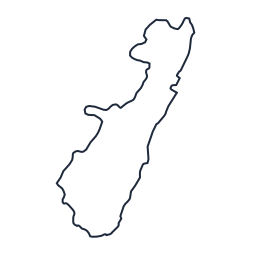 Beqaa, Natural Earth projection, rotated 173°
{"feature_id": "LBN-3022", "entity_name": "Beqaa", "entity_type": "Province", "adm_level": 1, "iso_a3": "LBN", "parent_name": "Lebanon", "parent_adm1": "", "projection": "natural_earth1", "projection_center": [36.105, 33.959], "detail": "fine", "context": "isolated", "style": "outline", "palette": "slate", "viewbox_px": 256, "rotation_deg": 173, "n_neighbors": 0, "source": "natural_earth", "source_scale": "10m", "svg_char_len": 2519}
<svg xmlns="http://www.w3.org/2000/svg" viewBox="0 0 256 256"><g transform="rotate(173 128 128)"><path d="M90.7,229.6L86.8,232.0L86.7,232.0L84.2,231.3L77.0,230.3L76.5,229.8L75.8,229.0L74.3,225.6L73.8,224.3L72.9,223.1L69.7,221.1L66.7,220.1L65.9,220.4L64.8,221.2L62.7,223.4L61.0,225.5L59.7,227.7L58.1,229.8L56.9,230.2L53.9,229.2L53.4,225.1L52.7,224.0L51.9,222.3L51.7,221.5L51.1,219.0L50.6,214.5L52.0,213.3L52.7,212.6L53.8,210.9L54.2,210.0L54.7,208.8L56.8,199.6L58.6,194.7L59.7,192.6L68.7,178.6L70.2,177.8L70.8,177.3L71.6,176.1L72.9,174.7L73.1,174.1L73.0,173.7L70.6,171.2L74.9,164.8L76.1,164.8L77.8,165.0L78.3,165.0L78.8,164.9L79.3,164.7L79.7,164.4L80.0,164.0L81.0,162.3L80.3,160.9L75.2,157.1L85.3,144.7L88.0,139.9L88.7,138.4L88.8,137.9L90.5,135.7L97.6,129.1L99.4,128.3L103.8,121.5L110.8,107.1L111.4,95.5L111.6,94.1L112.9,90.9L116.5,90.6L116.9,90.5L117.3,90.3L117.9,89.6L121.1,84.0L121.6,82.3L122.2,77.3L128.0,69.8L132.7,64.7L134.5,58.4L134.8,57.8L135.3,57.0L136.7,55.6L139.9,53.0L141.1,51.7L141.9,50.7L146.2,41.7L146.3,41.3L145.7,38.9L148.7,35.0L148.9,34.5L149.0,34.1L149.0,33.3L149.1,32.9L149.2,32.6L149.3,32.3L149.9,31.4L156.9,26.0L157.2,25.5L159.2,24.7L162.5,24.3L163.0,25.2L163.4,25.3L163.8,25.3L164.3,25.3L164.7,25.2L167.7,24.2L172.3,24.0L176.5,24.4L178.7,25.1L179.7,28.4L181.2,30.9L183.3,32.6L186.0,33.8L188.2,36.7L189.4,37.4L190.5,37.0L193.0,38.9L193.8,40.5L193.7,42.7L193.2,45.8L192.8,47.2L192.2,48.1L191.7,49.1L191.6,50.6L192.0,52.2L192.8,53.7L196.1,58.5L197.8,60.4L198.9,60.9L200.1,60.8L201.1,61.0L201.9,62.5L201.6,65.0L200.1,67.1L198.9,69.6L199.6,73.2L200.7,76.0L204.4,79.8L205.3,81.7L205.4,81.9L201.0,86.9L197.4,93.1L190.4,99.2L187.3,103.1L186.4,105.9L186.1,108.1L185.3,109.9L182.7,111.2L180.6,111.3L177.2,110.0L175.4,109.9L172.2,111.6L167.0,118.3L160.8,123.9L158.3,127.0L156.2,130.5L152.8,137.4L153.1,138.1L154.1,140.0L155.1,141.1L159.7,144.8L165.8,145.9L168.5,147.6L168.8,151.5L166.9,154.1L163.9,154.6L158.0,153.1L150.0,149.1L147.3,148.5L144.9,149.5L142.8,151.3L140.2,152.8L137.0,152.9L135.7,152.1L133.7,149.5L132.7,148.9L127.1,152.4L124.4,153.6L121.5,154.4L119.0,155.5L117.4,157.6L115.3,161.7L110.2,166.2L108.0,169.5L107.0,171.7L104.2,174.4L103.0,176.1L102.8,177.7L103.3,181.2L102.8,183.1L102.1,183.8L100.0,184.6L99.4,185.3L98.8,189.4L100.9,190.7L104.3,191.4L108.0,193.5L110.2,194.1L113.1,195.6L115.7,197.6L117.1,199.7L116.6,203.3L114.2,206.2L111.0,208.4L108.0,209.8L104.3,209.8L100.6,211.0L98.9,213.6L101.0,217.5L98.5,223.6L93.6,227.8L90.7,229.6Z" fill="none" stroke="#1e293b" stroke-width="2"/></g></svg>